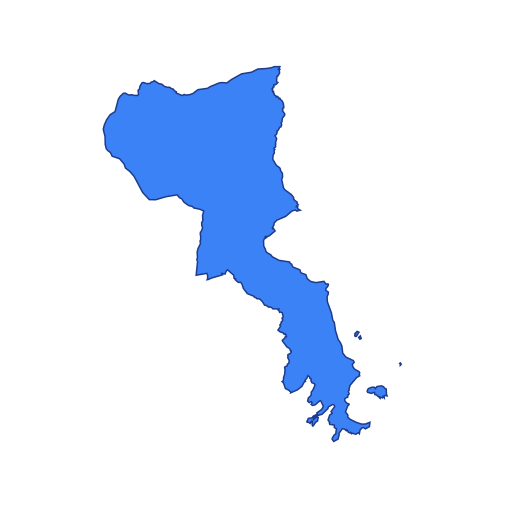 the district of Bunda, Mara, United Republic of Tanzania, rotated 247°
{"feature_id": "72390352B35806479810351", "entity_name": "Bunda", "entity_type": "district", "adm_level": 2, "iso_a3": "TZA", "parent_name": "United Republic of Tanzania", "parent_adm1": "Mara", "projection": "orthographic", "projection_center": [33.643, -2.036], "detail": "fine", "context": "isolated", "style": "filled", "palette": "blue", "viewbox_px": 512, "rotation_deg": 247, "n_neighbors": 0, "source": "geoboundaries", "source_scale": "gbopen_adm2", "svg_char_len": 6049}
<svg xmlns="http://www.w3.org/2000/svg" viewBox="0 0 512 512"><g transform="rotate(247 256 256)"><path d="M432.3,164.9L424.9,163.7L417.6,160.8L413.4,160.1L411.1,160.7L408.1,162.4L404.0,162.6L398.9,168.4L392.3,170.5L388.0,170.2L383.1,172.9L376.9,174.9L358.7,176.5L349.6,179.8L347.0,185.6L345.8,196.1L343.1,207.3L339.4,208.4L337.7,210.0L333.7,210.7L328.9,213.6L326.3,216.9L324.5,217.5L321.0,222.6L317.9,225.5L314.1,222.6L309.4,220.9L307.9,219.0L305.6,218.1L302.7,217.8L299.8,215.0L299.7,214.2L298.1,213.3L295.6,212.7L292.0,211.1L291.8,210.4L289.1,209.7L285.6,205.6L282.7,203.4L277.4,201.5L276.0,200.2L273.5,199.9L261.7,193.4L259.2,204.0L257.4,204.0L253.8,202.5L253.3,201.8L253.0,202.9L253.1,206.3L251.8,217.2L251.8,217.9L253.3,217.9L251.5,220.4L253.7,222.7L254.4,224.4L247.0,228.0L244.1,227.1L242.8,228.3L242.5,227.6L239.5,228.8L238.4,229.8L237.8,231.6L235.5,232.1L231.2,231.7L224.8,233.3L219.6,238.5L218.7,238.4L217.3,239.9L216.5,240.0L215.0,242.6L211.7,244.0L207.4,244.7L206.4,246.2L203.9,247.7L203.5,249.2L202.4,250.3L200.8,250.8L198.3,256.3L197.6,255.3L196.6,255.9L195.0,255.7L195.0,256.4L193.5,258.0L189.6,257.3L188.8,256.9L188.6,255.6L186.8,255.6L185.9,255.0L185.4,253.4L183.8,252.4L183.2,251.0L181.8,251.2L179.2,247.2L176.8,248.5L174.8,250.8L173.1,251.3L172.4,252.0L172.8,252.5L171.9,252.8L169.8,252.5L170.2,251.4L169.2,250.4L168.2,247.4L167.5,247.1L160.3,248.9L157.6,250.8L155.1,250.7L154.7,251.4L153.0,250.0L152.7,246.8L149.8,245.5L146.5,245.7L144.6,244.3L144.0,242.5L142.7,241.8L142.7,239.4L141.9,238.6L140.4,238.5L136.1,236.3L133.5,234.0L130.5,232.4L130.2,230.9L128.4,231.7L122.4,231.3L119.9,233.6L117.0,234.9L116.5,234.5L116.6,241.9L118.1,247.4L121.2,251.2L121.2,252.5L122.4,252.4L123.5,254.9L125.6,257.1L123.7,258.1L122.5,257.8L121.1,258.8L120.1,257.9L117.6,257.9L115.7,259.8L114.0,259.8L110.2,255.7L109.1,253.7L106.2,252.3L104.9,248.7L102.3,246.8L100.2,247.7L100.5,249.7L100.0,250.2L99.1,250.3L97.8,248.7L96.3,249.7L95.9,252.4L97.8,258.3L97.4,259.0L91.3,259.3L89.1,256.5L87.8,250.7L86.5,250.8L86.2,246.1L85.1,244.3L86.1,240.8L83.8,238.2L83.0,238.1L82.1,239.8L80.7,240.4L82.4,243.0L82.1,243.4L78.3,241.6L77.3,241.8L77.3,242.3L79.7,246.0L80.0,248.1L83.1,250.2L84.2,249.3L83.2,245.2L84.7,245.7L85.1,249.6L84.5,254.9L87.4,262.5L88.8,263.6L89.4,268.4L88.7,269.5L86.7,269.7L83.5,264.3L81.4,264.7L80.8,261.7L76.9,258.2L74.2,258.9L73.8,258.3L72.2,258.1L69.8,262.0L67.5,261.1L65.6,262.5L61.2,260.0L60.5,257.6L58.3,254.8L57.5,254.5L54.9,255.1L55.4,260.0L59.0,262.7L60.3,263.1L63.3,268.0L62.2,269.7L59.9,270.9L60.6,271.6L59.5,272.2L58.1,272.0L56.9,272.8L56.3,273.6L56.7,274.2L55.2,274.6L55.6,275.0L52.9,278.2L53.4,281.2L52.0,281.7L55.1,283.7L56.4,286.7L56.0,287.9L54.1,289.2L54.6,293.7L58.4,295.9L58.6,290.8L60.1,287.4L63.6,283.4L69.1,278.7L71.9,277.4L73.6,278.4L77.6,277.5L82.3,282.0L82.8,283.6L83.4,283.8L84.8,282.3L86.6,281.5L88.6,281.2L89.8,282.0L90.3,283.5L90.2,285.2L92.3,286.6L92.6,287.8L95.4,288.2L96.2,289.4L97.5,289.8L100.3,292.2L104.8,301.2L105.2,304.7L106.5,304.7L108.0,305.8L109.0,305.8L113.3,302.6L115.9,301.9L118.6,302.3L119.7,304.8L121.6,304.8L127.9,299.2L132.7,297.9L139.7,299.9L143.4,299.8L147.0,299.0L156.1,300.0L164.2,302.1L166.9,301.6L174.3,303.2L186.0,303.8L190.9,305.6L192.6,307.5L194.5,308.5L197.1,306.8L197.9,307.1L198.8,307.7L199.9,310.1L201.4,311.5L202.1,311.4L203.0,309.3L206.1,308.7L208.1,300.7L211.3,296.3L215.2,294.3L219.4,294.6L222.6,291.1L223.5,290.7L225.7,291.1L226.8,290.4L231.1,285.9L233.1,285.4L234.3,285.7L236.2,284.5L237.4,284.6L243.0,275.5L248.9,270.7L251.3,270.1L254.6,267.6L256.5,266.9L258.6,267.3L262.0,267.0L267.1,268.9L268.4,270.2L268.9,272.7L270.5,271.3L269.5,272.4L270.1,272.9L269.5,273.2L269.4,276.2L271.6,283.4L275.0,282.7L274.8,281.9L275.4,282.0L277.4,284.5L279.3,285.6L280.8,289.1L280.9,299.0L283.3,306.5L283.1,310.0L281.4,311.1L280.9,314.6L282.7,313.2L284.2,313.0L285.0,313.6L285.7,312.4L286.7,314.9L288.4,314.3L289.6,314.9L291.8,313.5L293.7,312.9L295.1,313.5L298.6,312.6L305.9,308.3L308.4,308.0L316.5,309.6L318.4,311.4L321.9,312.6L325.1,311.9L326.4,312.4L328.1,312.2L331.3,310.2L338.5,309.2L342.0,311.1L343.8,313.2L345.8,313.7L346.8,315.0L347.6,314.5L348.4,314.8L348.8,316.7L353.2,318.6L355.9,320.9L359.4,320.5L359.9,322.2L361.5,323.8L362.8,324.0L363.0,325.4L365.3,328.3L365.1,329.4L366.8,330.9L368.8,331.2L369.4,332.3L372.6,334.2L374.3,337.3L375.6,338.0L379.3,337.1L379.9,337.8L381.0,337.8L381.6,338.5L381.5,339.4L382.8,340.0L386.0,340.8L388.8,340.6L390.6,339.6L391.6,339.7L391.8,338.6L392.9,338.9L394.6,337.9L394.4,337.0L395.0,337.2L397.3,335.8L398.9,336.2L400.4,335.6L400.5,336.3L402.1,335.8L404.2,337.3L404.2,336.8L404.8,337.6L404.7,338.7L406.4,339.1L406.8,340.0L406.1,340.5L406.2,341.8L407.2,343.9L408.2,343.0L410.9,344.2L413.3,345.7L413.1,346.4L415.2,349.2L418.1,350.1L418.8,349.7L418.6,350.6L419.4,350.2L419.8,351.2L420.6,351.2L421.0,351.9L423.1,347.1L423.3,343.6L424.6,338.6L427.4,330.7L426.9,323.8L429.3,314.0L428.1,302.6L426.7,296.6L428.9,292.6L429.7,289.8L429.8,280.2L429.3,276.9L431.8,267.6L430.2,261.2L430.5,257.4L431.9,253.6L432.8,253.0L432.5,250.9L433.7,249.6L437.3,246.2L438.3,246.8L439.9,245.5L442.0,245.0L443.1,243.6L445.1,242.4L445.8,240.5L448.0,237.9L450.9,236.5L452.7,233.9L457.2,230.8L456.7,229.6L457.0,227.5L456.3,225.8L457.4,222.7L459.7,220.2L460.0,218.8L457.8,215.7L455.1,213.8L454.6,212.2L450.9,211.1L450.0,209.8L451.5,206.5L452.9,204.8L454.0,201.6L457.1,199.2L457.6,197.4L456.0,193.2L454.1,190.5L444.0,182.7L443.1,177.1L439.8,171.7L435.8,167.5L432.3,164.9ZM89.6,306.8L88.1,305.5L86.9,305.5L84.5,308.5L84.2,311.8L82.0,311.3L81.0,312.6L78.7,313.7L78.4,314.5L77.4,314.2L76.5,314.6L77.4,315.2L76.0,317.0L77.1,318.1L75.4,318.6L77.1,319.2L77.3,320.0L76.0,322.0L77.8,322.1L82.7,323.9L84.2,322.7L85.8,322.3L87.4,320.9L88.6,316.4L87.3,314.1L88.8,313.8L89.9,311.6L90.1,308.6L89.6,306.8ZM144.5,315.9L143.2,315.9L142.8,317.0L145.6,321.0L147.1,319.6L145.9,316.7L145.3,316.8L144.5,315.9ZM141.0,318.7L138.8,319.1L138.9,320.6L141.7,320.8L141.0,318.7ZM99.0,346.1L99.6,347.4L101.2,347.1L101.0,346.3L100.2,346.6L99.0,346.1Z" fill="#3b82f6" stroke="#1e3a8a" stroke-width="1.5"/></g></svg>